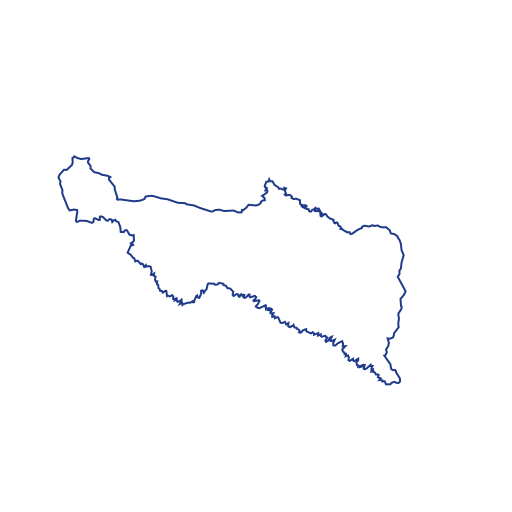 outline of Nobres, Mato Grosso, Brazil, rotated 55°
{"feature_id": "56859067B93249900813034", "entity_name": "Nobres", "entity_type": "district", "adm_level": 2, "iso_a3": "BRA", "parent_name": "Brazil", "parent_adm1": "Mato Grosso", "projection": "robinson", "projection_center": [-55.833, -14.387], "detail": "fine", "context": "isolated", "style": "outline", "palette": "blue", "viewbox_px": 512, "rotation_deg": 55, "n_neighbors": 0, "source": "geoboundaries", "source_scale": "gbopen_adm2", "svg_char_len": 6141}
<svg xmlns="http://www.w3.org/2000/svg" viewBox="0 0 512 512"><g transform="rotate(55 256 256)"><path d="M70.4,350.1L74.2,352.5L75.8,354.4L76.9,361.6L75.2,363.9L76.7,370.2L78.4,372.8L83.0,373.4L84.3,375.1L91.1,376.8L93.1,378.5L95.1,379.2L109.1,382.5L111.8,382.5L113.5,378.6L115.7,376.2L117.0,376.8L123.8,383.3L125.4,383.2L126.1,379.9L130.2,374.5L134.7,371.5L134.8,369.7L132.4,367.3L132.7,366.2L136.4,364.2L136.8,363.2L134.2,361.3L134.6,360.3L136.4,359.0L141.0,358.2L142.0,357.4L141.8,354.8L142.8,353.9L143.6,353.4L145.7,354.2L145.2,352.1L145.7,350.5L147.1,350.6L149.5,349.3L154.5,350.6L158.7,353.0L160.6,350.6L159.8,349.0L160.1,347.7L161.1,347.0L166.3,347.4L167.0,346.3L168.2,345.7L168.7,344.2L173.3,347.0L173.9,348.5L173.8,351.3L174.7,351.3L175.3,350.4L176.5,350.5L175.6,352.6L179.7,359.3L183.1,357.9L186.7,357.8L187.9,357.0L191.2,358.0L191.5,356.3L192.3,355.5L196.5,355.1L196.7,353.8L197.9,353.4L200.8,353.8L200.3,351.5L201.7,352.1L202.7,349.7L204.5,348.5L208.9,350.3L211.1,352.9L212.0,352.0L211.9,349.5L213.5,351.0L215.3,350.1L217.4,352.3L219.7,352.7L220.2,351.5L222.2,353.3L223.6,352.7L226.3,354.3L227.5,353.9L229.6,354.5L230.8,353.1L232.6,353.3L232.5,350.6L233.1,349.5L237.9,351.9L238.3,350.6L239.8,349.7L240.0,347.1L241.9,347.0L243.5,348.5L244.5,347.6L244.9,346.1L245.8,347.8L246.3,345.9L247.5,346.7L248.7,346.4L249.2,343.9L249.0,342.0L249.8,342.4L251.6,345.9L252.0,343.4L253.9,344.3L253.7,343.3L255.5,337.8L256.6,336.7L256.7,333.9L257.9,334.1L258.3,333.2L256.9,331.8L254.6,328.0L254.6,326.8L256.4,327.5L257.8,326.5L255.1,322.1L253.1,321.2L253.1,319.9L253.9,319.3L256.2,319.7L255.0,317.0L254.9,315.6L251.3,311.6L251.2,310.7L254.7,306.2L255.9,306.2L257.3,303.8L256.8,301.7L259.2,299.4L260.2,298.7L261.2,299.3L263.2,297.6L265.7,297.9L267.9,295.8L272.3,295.1L274.3,297.4L276.0,297.3L275.9,294.0L277.0,292.8L279.2,293.4L280.0,292.9L278.7,291.0L278.8,290.0L280.7,290.1L280.6,288.5L281.2,287.9L282.9,289.9L283.9,289.2L284.2,287.8L283.3,284.0L283.9,283.4L285.6,284.6L286.6,284.4L287.9,279.9L289.7,279.4L290.5,280.6L290.9,283.5L291.7,283.8L293.9,279.0L294.8,278.9L296.5,282.1L297.1,285.0L298.2,285.0L300.3,283.7L300.8,282.6L301.8,276.4L302.8,276.5L303.5,277.5L305.6,278.4L305.5,276.7L306.2,275.3L307.4,277.0L308.1,276.2L307.6,274.7L308.0,273.7L309.2,273.6L310.3,276.2L311.2,277.0L312.9,274.5L314.0,277.0L315.2,277.6L315.9,275.4L317.8,276.2L318.3,273.5L319.2,273.1L324.8,274.2L325.9,273.1L326.5,270.1L329.4,270.5L329.5,267.9L332.0,269.9L333.4,269.4L334.1,268.6L333.7,267.4L334.4,266.0L334.0,264.8L336.6,265.5L338.1,263.9L339.0,264.3L341.1,263.2L342.7,263.4L343.2,264.5L344.0,264.1L344.5,262.7L343.8,260.2L344.7,256.9L345.9,257.8L347.1,257.6L351.0,255.3L350.9,253.3L352.5,252.9L353.7,253.7L354.9,249.2L356.7,250.8L357.4,247.9L358.5,248.8L359.7,248.6L361.2,244.9L362.4,245.1L363.7,244.4L364.6,247.0L365.5,247.9L366.5,247.9L366.7,245.8L365.3,241.5L365.6,240.2L367.8,243.9L368.9,243.1L369.7,239.5L371.7,242.8L373.5,243.9L374.3,243.3L374.8,242.1L374.4,239.2L375.2,234.3L377.9,235.0L379.8,236.8L381.1,234.5L382.1,239.1L384.2,239.6L385.6,239.0L387.1,239.7L387.6,238.4L388.6,238.7L389.6,240.0L390.3,237.6L392.5,238.2L394.3,240.0L395.7,239.5L395.9,235.5L397.3,236.3L398.5,235.9L398.8,231.2L399.9,232.0L400.9,234.9L403.1,235.8L404.3,235.0L405.4,235.9L406.3,232.3L406.9,233.8L407.6,231.8L407.0,230.9L407.6,229.5L410.2,232.5L411.0,232.1L411.6,230.2L410.9,224.5L412.0,225.0L413.0,223.7L413.5,225.0L415.1,226.4L415.7,225.3L416.2,226.1L416.1,227.1L416.8,227.8L417.3,225.8L418.4,226.4L419.7,225.4L421.9,225.7L422.9,224.1L423.9,223.8L425.3,225.7L427.8,224.0L428.4,225.9L428.9,224.8L430.0,224.7L430.5,223.9L431.3,224.4L432.4,222.4L435.7,223.1L438.1,219.7L437.7,216.9L438.7,214.5L440.1,214.0L441.6,212.4L441.8,211.0L441.0,209.6L438.5,208.3L431.7,208.0L430.5,207.4L429.3,207.4L427.9,209.4L426.2,210.1L421.7,208.0L411.1,208.0L411.4,206.7L410.4,205.0L409.8,204.0L407.1,203.1L405.6,199.3L403.3,196.9L399.0,195.5L400.6,193.6L401.3,190.7L400.1,188.6L398.5,187.3L396.2,180.0L393.3,178.5L389.2,174.8L384.9,172.6L382.8,167.4L381.2,165.8L380.2,165.9L374.0,162.2L372.7,157.0L370.7,153.7L354.3,151.8L353.1,148.8L350.3,147.0L349.3,144.4L344.8,140.5L340.0,134.5L334.9,133.5L328.8,130.2L325.4,129.3L321.9,129.2L321.1,128.7L317.5,130.1L314.8,132.6L311.8,131.7L307.1,132.9L305.0,136.1L302.9,137.9L301.0,138.6L299.1,142.1L297.6,142.9L296.8,146.3L293.2,150.1L293.0,152.5L293.8,153.2L292.9,157.4L292.9,164.6L292.2,166.0L290.2,165.7L289.1,167.7L288.1,167.7L287.4,168.6L283.4,170.1L282.3,171.2L282.0,170.1L279.7,170.2L278.8,171.0L275.3,170.2L274.5,171.0L274.8,172.2L273.9,172.9L271.6,172.5L270.8,171.7L267.7,173.9L264.5,174.9L262.1,174.7L261.1,175.4L261.2,179.7L260.1,180.1L258.2,179.0L259.3,178.5L259.1,177.5L257.7,177.9L253.1,177.4L252.7,178.3L255.5,178.6L252.9,182.0L251.8,181.1L251.0,181.9L250.4,183.5L251.1,185.1L250.7,186.3L249.7,186.7L247.8,186.1L246.5,187.6L245.0,188.4L244.2,185.9L243.0,186.1L242.1,187.4L243.6,189.1L242.6,189.8L241.3,189.9L241.4,188.6L238.7,190.0L235.5,188.0L231.9,190.4L231.1,192.4L228.9,193.6L228.2,192.6L226.0,193.0L224.9,193.8L223.5,197.0L222.2,197.1L222.5,195.7L219.1,195.0L217.9,192.6L216.3,193.7L217.5,194.9L216.8,196.1L215.1,196.8L214.1,198.7L212.7,198.3L208.5,200.0L204.2,199.7L203.5,200.9L202.5,201.5L200.8,201.2L202.2,203.0L201.1,205.0L203.7,208.8L204.7,209.1L206.4,208.1L207.3,208.7L207.0,209.7L207.7,210.6L208.1,209.6L209.2,209.3L210.3,210.5L210.3,216.6L213.4,215.7L215.4,216.8L214.3,218.9L214.5,221.0L215.3,221.6L215.5,224.3L214.7,226.9L209.8,232.7L210.9,236.5L211.1,240.3L210.3,241.2L212.0,242.8L210.0,245.7L205.9,248.3L200.9,256.3L196.8,259.7L194.9,263.3L194.6,266.2L193.8,267.3L184.3,274.5L179.0,277.8L174.0,283.1L172.0,283.8L167.6,289.5L158.7,296.0L154.3,300.8L148.0,305.7L145.8,308.5L144.0,312.3L145.3,314.8L144.3,318.9L142.6,322.1L140.9,324.9L132.0,334.5L130.4,337.1L129.4,337.2L128.7,336.1L120.8,333.6L117.9,332.0L109.3,332.6L107.9,331.9L107.8,330.1L105.1,331.6L101.0,335.7L98.4,336.9L94.6,340.4L89.4,341.4L87.4,339.9L83.0,340.0L82.2,339.5L80.8,336.8L79.8,336.9L76.3,343.6L73.6,345.9L70.2,347.7L70.6,348.5L70.4,350.1ZM251.8,181.1L251.7,179.5L250.7,179.5L250.7,180.6L251.8,181.1Z" fill="none" stroke="#1e3a8a" stroke-width="2"/></g></svg>